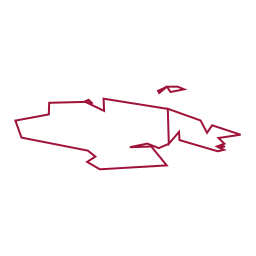 Chukchi Autonomous Okrug, Natural Earth projection
{"feature_id": "RUS-2321", "entity_name": "Chukchi Autonomous Okrug", "entity_type": "Autonomous Province", "adm_level": 1, "iso_a3": "RUS", "parent_name": "Russia", "parent_adm1": "", "projection": "natural_earth1", "projection_center": [175.436, 66.707], "detail": "coarse", "context": "isolated", "style": "outline", "palette": "rose", "viewbox_px": 256, "rotation_deg": 0, "n_neighbors": 0, "source": "natural_earth", "source_scale": "10m", "svg_char_len": 706}
<svg xmlns="http://www.w3.org/2000/svg" viewBox="0 0 256 256"><path d="M49.2,102.8L85.4,101.9L104.1,110.9L103.6,98.7L167.8,108.9L168.8,143.8L158.8,148.1L147.3,143.6L129.8,147.2L151.3,146.5L166.7,165.4L99.8,169.3L87.1,161.9L95.4,156.6L87.8,150.6L21.5,137.6L15.4,120.6L48.8,114.4L49.2,102.8ZM167.8,108.8L200.6,120.5L207.0,132.8L212.1,125.3L240.6,134.7L218.5,138.0L224.4,143.7L217.0,146.5L223.9,149.8L217.8,151.3L179.5,140.1L179.0,131.9L168.8,143.8L167.8,108.8ZM167.0,86.7L177.7,86.7L184.1,89.3L170.5,92.0L167.0,86.7ZM167.0,86.7L159.2,93.0L158.0,90.9L167.0,86.7ZM88.6,99.8L92.6,103.7L85.1,101.4L88.6,99.8ZM221.9,145.9L224.9,146.6L220.8,147.2L221.9,145.9Z" fill="none" stroke="#9f1239" stroke-width="2"/></svg>